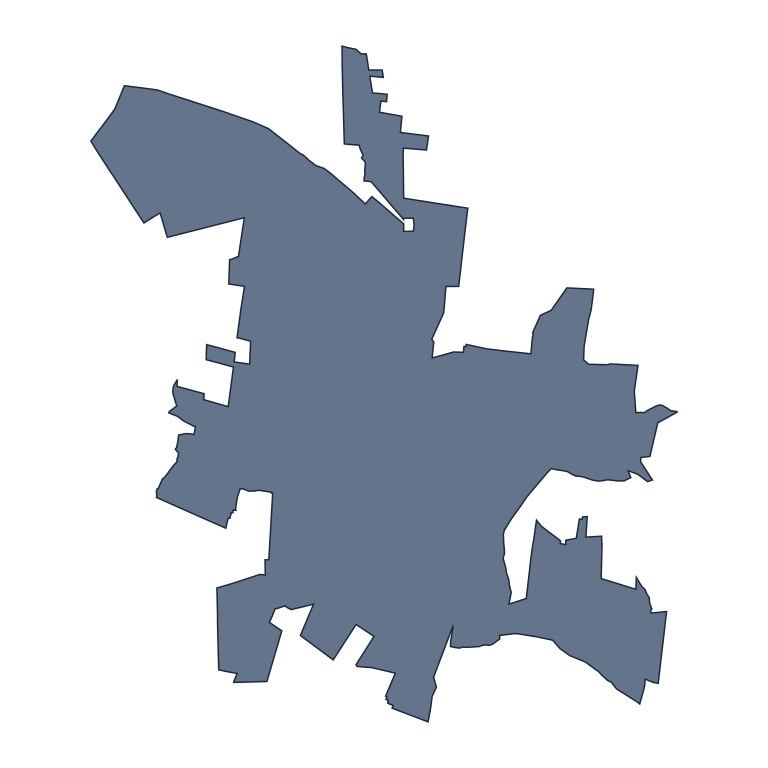 outline of Seyé, Yucatán, Mexico
{"feature_id": "50627088B84990602370402", "entity_name": "Seyé", "entity_type": "district", "adm_level": 2, "iso_a3": "MEX", "parent_name": "Mexico", "parent_adm1": "Yucatán", "projection": "albers", "projection_center": [-89.375, 20.848], "detail": "fine", "context": "isolated", "style": "filled", "palette": "slate", "viewbox_px": 768, "rotation_deg": 0, "n_neighbors": 0, "source": "geoboundaries", "source_scale": "gbopen_adm2", "svg_char_len": 5646}
<svg xmlns="http://www.w3.org/2000/svg" viewBox="0 0 768 768"><path d="M467.8,208.2L403.7,198.2L403.3,165.5L403.1,155.3L403.4,148.1L406.6,148.4L415.1,149.1L426.5,150.0L428.5,136.0L421.4,135.1L415.0,134.3L405.4,133.1L402.2,132.6L400.4,132.4L401.9,116.3L396.2,115.2L389.9,114.1L379.5,112.2L380.1,107.5L380.9,101.0L386.5,101.7L387.2,94.3L385.9,94.2L379.2,93.5L372.5,93.0L369.8,76.2L383.3,77.4L382.6,72.6L382.2,70.1L375.2,70.0L368.8,70.0L366.3,53.9L364.3,53.8L361.3,54.0L357.4,50.6L356.0,49.3L353.3,48.8L349.1,47.9L345.3,47.0L342.0,46.1L342.2,58.7L342.1,62.5L342.7,86.3L342.7,90.6L343.2,105.0L343.8,125.2L344.3,143.9L347.6,144.3L359.3,145.2L360.0,148.4L362.2,153.4L363.2,155.3L361.5,158.0L365.3,162.1L365.3,164.1L365.3,165.0L364.7,170.4L365.0,174.9L364.3,177.0L364.0,180.9L371.2,181.7L392.7,206.9L393.5,207.8L403.6,219.5L403.6,218.2L413.3,218.2L414.1,224.9L413.4,231.2L411.7,231.2L406.6,231.4L403.7,231.2L403.7,225.3L403.5,223.7L394.0,215.5L378.9,202.4L371.9,196.6L369.4,199.3L365.4,204.0L358.3,197.5L354.0,193.3L330.4,173.2L324.2,168.5L318.5,166.5L315.7,165.4L309.3,160.5L308.7,160.1L308.3,159.6L303.2,154.9L300.2,153.6L291.0,146.3L268.5,128.6L252.8,121.8L225.6,112.3L200.7,104.2L168.7,93.9L157.1,89.9L146.5,88.5L124.4,85.7L114.9,108.8L112.4,112.4L104.0,123.6L102.2,126.1L97.9,131.7L90.9,141.1L97.2,151.4L109.0,169.6L112.4,174.7L141.4,219.1L141.8,219.8L142.3,220.4L144.0,223.0L146.7,221.2L147.6,220.6L160.1,212.9L163.0,222.7L163.1,223.2L165.9,232.6L166.0,233.1L167.4,237.3L244.3,217.7L238.5,256.4L231.3,259.3L229.6,259.7L228.8,284.0L244.5,286.3L241.6,304.7L240.8,309.9L240.2,314.4L239.6,318.9L239.0,323.4L238.2,328.8L237.8,332.4L237.1,337.4L237.1,337.9L237.8,337.8L242.0,338.9L245.6,339.9L246.4,340.1L250.6,341.2L250.4,346.7L250.1,352.5L249.9,358.2L249.7,364.1L248.5,364.0L245.8,363.6L239.3,362.7L234.1,361.9L234.8,356.7L235.2,352.4L229.1,350.7L222.9,349.0L216.7,347.3L211.7,346.0L206.7,344.6L206.4,350.6L206.2,359.7L216.5,362.4L233.4,367.0L233.4,367.3L231.2,384.4L228.2,406.6L214.3,402.7L203.8,399.7L204.1,393.7L203.3,393.5L177.4,386.5L177.1,386.2L177.3,379.6L173.8,385.5L173.1,387.7L172.8,391.7L173.0,393.7L174.1,397.3L175.4,401.8L176.8,405.9L169.3,411.5L168.8,412.9L177.6,416.4L183.5,420.9L193.7,426.2L195.4,426.5L194.1,434.4L191.4,434.0L188.0,433.7L185.8,433.6L178.7,435.0L178.3,437.3L178.0,440.4L177.5,443.3L176.8,446.2L176.9,447.1L175.3,449.2L177.0,451.3L178.6,452.8L178.0,456.7L177.0,458.9L177.0,461.5L176.7,462.0L175.3,463.7L174.3,464.6L172.4,466.8L167.5,473.6L164.8,476.9L163.7,478.4L162.7,478.4L158.1,488.7L157.3,488.7L156.6,490.3L156.4,492.7L156.8,494.4L156.6,496.9L156.4,497.5L184.0,509.7L194.4,514.3L204.3,518.7L225.8,528.2L228.0,518.7L228.1,518.3L230.0,518.2L230.3,516.4L231.2,513.5L231.2,512.7L233.0,512.7L233.0,510.2L235.9,510.4L235.6,509.1L236.4,503.1L237.5,496.7L240.2,488.7L243.6,489.0L248.7,491.2L252.8,490.9L254.3,491.2L255.7,490.7L258.9,490.3L271.4,492.2L271.5,493.1L272.7,493.3L268.8,559.8L265.0,559.8L265.3,575.1L260.0,574.4L249.7,577.8L230.2,584.1L216.9,588.0L217.5,613.6L217.6,626.4L218.7,669.8L227.4,671.7L237.1,673.4L233.8,681.7L233.7,682.4L266.9,681.5L280.1,636.7L281.8,630.9L269.3,622.3L271.5,617.9L274.7,609.9L275.1,608.8L278.2,608.2L282.6,606.6L285.0,606.0L285.6,605.9L286.4,607.1L291.2,609.6L313.5,604.2L306.4,621.2L300.4,635.5L333.2,659.9L356.1,624.5L374.0,636.4L356.0,664.8L357.2,666.5L371.6,667.6L379.4,669.4L388.9,671.6L395.3,673.2L387.0,692.8L385.6,696.2L387.0,696.9L385.9,699.3L387.9,700.0L387.6,701.2L388.3,701.5L387.8,703.0L388.2,703.2L388.1,703.4L390.1,704.2L393.1,705.4L392.5,707.2L392.1,708.2L428.1,721.9L430.7,707.6L432.2,696.1L436.4,687.2L433.6,677.1L452.7,626.7L452.9,628.0L450.7,640.8L450.5,646.5L455.6,647.6L459.8,648.1L462.2,647.1L467.2,647.3L475.8,646.8L479.6,646.5L482.0,645.4L485.4,644.9L489.0,645.4L492.3,644.4L499.7,639.0L499.6,635.4L501.7,635.2L514.7,633.6L517.7,633.8L536.7,636.8L552.6,640.2L560.2,648.8L569.9,655.7L585.3,662.0L597.5,670.9L598.4,671.4L602.0,675.3L607.4,680.3L611.6,682.5L616.4,688.8L637.7,702.3L639.7,704.0L642.3,694.8L643.4,691.0L644.7,685.5L645.2,679.1L653.4,682.5L658.2,683.3L666.6,611.5L651.3,613.1L650.8,611.6L650.9,610.0L651.9,608.9L649.7,603.5L649.2,597.6L646.9,594.0L645.1,589.6L641.7,586.3L636.3,577.4L635.9,589.3L601.2,578.6L602.0,543.4L601.8,543.3L601.6,536.2L586.3,537.1L585.9,537.2L587.2,516.6L582.5,516.9L582.1,519.4L579.4,519.0L576.3,538.3L565.8,540.2L565.7,544.6L560.3,543.5L560.4,540.7L541.5,526.4L536.5,520.2L533.7,540.0L532.6,545.6L531.0,557.5L526.3,598.5L509.0,604.1L511.2,592.5L509.3,584.4L508.8,579.7L506.7,573.7L505.7,567.7L503.1,558.3L504.4,553.8L504.5,553.0L504.3,548.3L503.7,543.5L503.6,539.2L503.3,534.8L504.2,530.6L508.0,524.3L511.8,518.2L521.0,505.6L526.5,497.4L530.0,493.1L547.5,472.5L551.2,468.6L558.5,470.1L561.8,470.5L567.7,471.7L570.4,473.4L571.6,474.1L576.3,476.4L578.1,476.0L578.9,476.2L584.1,477.2L592.7,480.2L598.9,481.1L602.6,480.7L607.7,479.8L618.2,480.9L624.0,480.9L630.8,477.6L628.1,470.7L637.8,474.3L647.6,481.6L652.4,480.0L640.7,461.9L640.8,457.5L649.9,456.4L657.8,422.8L677.1,412.2L677.0,411.6L670.6,410.6L667.0,408.0L661.7,405.2L659.5,405.0L656.9,405.7L647.4,410.4L645.1,412.3L642.3,412.7L640.9,412.4L635.8,412.7L634.3,391.1L638.0,365.4L610.5,363.9L607.8,364.7L588.7,364.3L583.6,359.9L584.1,346.1L588.8,318.7L591.1,310.2L592.8,297.0L593.7,289.2L566.9,287.9L551.1,310.4L540.4,315.3L532.5,333.0L533.3,333.9L532.4,337.6L530.9,353.8L507.5,351.3L497.9,350.2L486.5,348.8L479.1,347.2L466.2,344.4L465.9,346.6L464.0,346.4L463.4,352.3L454.2,352.0L453.6,352.0L432.1,358.0L433.8,342.0L431.7,339.3L443.6,313.1L444.1,309.2L445.9,286.5L458.7,286.4L464.1,239.3L465.1,230.5L467.8,208.2Z" fill="#64748b" stroke="#1e293b" stroke-width="1.5"/></svg>